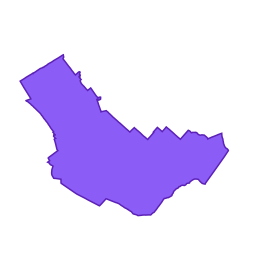 Dumbrava, Timis, Romania, rotated 342°
{"feature_id": "2599482B982820047734", "entity_name": "Dumbrava", "entity_type": "district", "adm_level": 2, "iso_a3": "ROU", "parent_name": "Romania", "parent_adm1": "Timis", "projection": "albers", "projection_center": [22.126, 45.823], "detail": "fine", "context": "isolated", "style": "filled", "palette": "violet", "viewbox_px": 256, "rotation_deg": 342, "n_neighbors": 0, "source": "geoboundaries", "source_scale": "gbopen_adm2", "svg_char_len": 5561}
<svg xmlns="http://www.w3.org/2000/svg" viewBox="0 0 256 256"><g transform="rotate(342 128 128)"><path d="M216.5,180.5L216.5,180.0L216.3,179.3L215.8,178.3L215.2,177.7L214.8,177.1L214.5,176.4L214.2,175.0L214.2,174.0L214.1,172.8L214.1,172.2L214.4,170.7L214.5,169.2L214.8,167.8L214.8,167.2L214.7,166.0L214.8,165.2L214.9,164.4L215.5,162.0L214.6,162.0L212.7,162.1L211.9,162.1L210.9,162.2L210.0,162.3L206.7,162.5L204.3,162.6L203.9,162.7L203.2,162.8L201.9,162.8L200.5,163.1L200.5,162.3L200.3,161.7L200.0,161.0L199.0,159.4L198.3,158.3L196.3,157.4L195.3,157.2L194.6,157.2L194.1,156.9L193.1,156.1L192.7,155.5L192.4,154.9L192.3,154.4L192.1,154.0L191.8,153.6L191.3,153.2L191.0,153.2L190.9,153.0L190.7,153.0L190.3,152.9L189.6,152.6L188.7,152.4L188.4,152.2L187.8,152.1L187.5,152.2L186.9,152.1L186.6,151.9L186.4,151.5L186.4,151.2L186.3,150.8L186.1,150.4L185.6,149.8L185.4,149.5L185.1,149.3L184.8,148.9L184.6,148.8L174.3,154.9L173.9,154.1L172.4,151.8L171.9,150.9L171.0,149.4L169.0,145.8L167.7,143.7L166.7,141.9L166.1,141.1L164.7,138.8L162.5,140.2L159.4,142.0L157.8,139.2L156.1,136.5L150.8,139.7L151.1,140.2L149.8,141.0L145.7,143.5L144.6,144.0L143.7,144.7L143.2,145.0L142.4,143.8L141.4,142.0L140.8,141.2L140.2,140.3L138.2,136.5L136.6,133.8L136.2,133.3L136.0,132.9L135.4,131.9L135.0,131.1L134.7,130.7L134.4,130.2L134.1,129.6L130.5,131.3L128.5,132.4L127.4,130.5L125.9,128.0L121.9,121.0L120.8,119.4L120.5,118.7L117.5,113.6L117.2,113.2L115.9,110.6L115.7,110.3L115.2,109.3L114.2,107.6L114.1,107.1L113.5,106.2L113.0,105.4L112.7,104.8L108.2,104.3L107.3,104.3L107.3,104.2L107.6,103.8L107.6,103.6L107.4,103.5L107.3,98.2L107.2,97.8L107.3,95.3L107.2,91.1L107.7,91.0L108.3,91.2L108.3,91.4L108.1,91.7L108.1,91.9L108.3,92.2L108.6,92.4L109.0,92.5L109.3,92.3L109.7,92.2L110.5,92.3L110.7,92.2L110.9,91.9L111.4,90.6L111.5,90.2L111.2,90.0L110.7,89.9L110.2,89.9L109.7,90.1L109.4,90.0L109.1,89.7L108.6,89.6L107.7,87.7L106.4,83.4L105.0,78.6L104.9,78.4L101.2,79.8L100.9,79.1L100.5,78.3L100.3,78.0L100.0,77.3L99.9,76.8L99.6,76.3L98.9,74.6L98.0,72.9L97.3,71.1L97.2,70.3L97.2,69.6L97.1,69.3L97.1,68.8L97.2,68.1L98.4,67.4L97.6,65.7L97.8,65.5L97.9,65.3L97.7,65.0L97.4,64.7L97.2,64.3L97.3,64.0L97.6,63.8L97.8,63.9L98.2,64.0L98.5,63.8L98.6,63.6L98.3,63.4L98.2,63.4L98.3,63.1L98.7,63.1L98.8,63.0L98.5,62.8L98.4,62.7L98.3,62.4L98.7,62.2L98.8,62.0L98.8,61.5L99.0,60.8L99.3,60.5L99.6,60.3L99.5,59.6L99.2,59.6L98.3,59.5L98.1,59.6L96.4,60.4L95.9,60.7L95.5,60.7L94.5,61.3L94.3,61.0L93.9,60.3L93.6,59.5L93.4,58.7L93.3,58.3L92.5,56.3L92.1,55.0L91.7,53.6L91.1,52.0L90.5,50.6L90.3,49.9L89.8,48.5L89.4,47.3L87.6,42.3L87.5,42.1L87.8,41.7L88.8,40.7L88.8,40.3L88.9,39.5L89.1,38.4L88.8,38.4L87.4,38.7L85.7,39.2L84.4,39.5L83.6,39.8L83.2,39.8L82.5,40.0L81.9,40.1L79.7,40.6L78.6,40.8L77.0,41.3L76.7,41.4L75.7,41.7L75.3,41.7L74.6,41.9L73.2,42.1L71.3,42.6L70.4,43.0L69.6,43.3L69.1,43.4L68.7,43.4L68.3,43.5L68.1,43.6L67.7,43.7L67.4,43.8L67.2,43.8L67.1,44.0L65.9,44.2L65.6,44.0L64.9,44.3L63.9,44.3L63.0,44.3L58.5,45.6L57.3,46.0L54.8,46.6L54.7,46.7L54.6,46.4L53.4,46.8L46.7,48.3L44.5,49.0L39.9,50.1L41.5,57.4L44.5,69.4L44.6,70.3L39.5,70.4L39.5,70.7L39.8,71.1L40.3,71.5L40.7,71.8L40.8,71.9L41.3,72.9L41.9,73.7L42.9,75.3L43.2,76.2L43.8,77.0L44.5,78.2L44.8,79.0L45.1,79.5L45.2,79.8L45.7,80.5L46.1,81.3L46.7,82.5L48.1,85.1L48.9,86.6L49.4,87.8L49.6,88.6L49.7,89.2L50.3,90.4L50.7,92.1L51.2,93.6L51.3,93.8L51.4,94.0L51.6,94.2L51.7,94.7L52.3,96.6L52.6,97.2L53.2,98.9L53.3,99.4L53.3,99.9L53.9,101.5L54.1,102.4L54.5,104.0L54.7,104.8L56.1,108.6L55.3,108.9L55.6,109.5L56.0,111.0L55.9,111.1L56.0,111.2L56.3,111.5L56.5,111.6L56.6,111.8L56.6,112.1L56.3,112.1L55.8,111.7L55.6,111.5L55.4,111.5L55.2,111.6L55.1,111.9L55.1,112.1L54.9,112.5L54.7,112.8L54.8,113.1L55.4,114.5L55.9,115.5L55.6,115.5L55.5,115.3L55.4,115.3L54.8,115.7L54.6,115.7L54.4,115.8L54.3,116.0L54.4,116.5L54.4,117.9L54.2,121.5L53.8,126.2L54.3,127.8L49.9,129.3L48.6,129.8L43.7,131.4L43.0,131.8L42.8,131.9L42.8,132.0L42.9,132.7L43.4,134.9L41.0,135.7L41.2,135.9L42.1,136.7L42.3,137.3L42.7,138.6L43.2,139.3L44.2,140.2L44.9,141.1L42.8,144.0L41.6,146.7L41.2,148.2L41.1,149.1L41.2,149.8L41.3,150.5L41.8,152.7L41.8,152.8L42.4,153.2L43.1,153.4L44.2,153.9L48.4,156.0L47.3,159.6L47.3,159.9L57.4,173.1L58.9,175.0L65.4,181.5L67.9,184.2L76.7,193.1L76.9,193.2L79.6,191.8L85.3,188.5L93.8,195.5L94.3,195.7L95.8,197.1L96.2,197.4L96.4,197.7L97.6,199.5L99.0,201.1L100.1,202.7L100.9,203.5L101.8,204.2L102.1,204.8L102.4,205.3L102.7,205.4L103.0,205.5L103.5,206.5L104.1,207.2L105.4,208.7L105.8,209.9L106.4,211.3L109.3,213.2L110.4,214.4L113.5,215.1L115.3,215.4L116.7,215.8L117.7,216.2L121.4,217.2L122.7,217.7L123.1,217.6L123.9,217.1L125.0,216.6L126.1,216.3L126.6,216.3L127.6,215.7L128.4,215.1L129.6,214.4L132.6,212.1L133.2,211.8L137.2,208.9L138.4,207.9L139.1,207.3L140.7,206.2L141.4,206.4L142.5,206.5L143.2,206.4L143.7,206.3L144.2,206.6L144.8,206.7L147.5,206.2L148.7,205.9L148.9,205.8L149.3,204.9L149.6,204.8L150.5,204.0L151.1,203.6L151.5,202.8L152.1,202.3L154.2,201.2L155.0,200.8L155.4,200.6L155.8,200.7L156.2,200.7L157.2,200.5L158.4,199.6L159.0,199.7L159.6,199.7L160.4,199.3L161.1,199.2L161.8,199.2L162.6,199.4L163.1,199.7L163.5,200.0L163.8,200.1L164.7,200.0L165.3,199.9L165.8,199.6L166.2,199.2L166.9,198.9L167.4,198.9L167.9,199.1L168.8,199.1L169.1,199.2L169.2,199.3L169.5,199.3L169.7,199.0L170.1,198.6L170.3,198.4L172.0,197.8L172.9,197.5L174.3,197.2L175.5,197.1L177.0,197.6L178.0,198.0L179.0,198.6L179.4,199.5L180.0,201.1L180.8,202.5L181.1,203.1L181.6,203.7L182.4,204.3L184.0,205.2L184.8,204.3L187.1,202.6L194.6,197.1L211.1,184.8L216.5,180.5Z" fill="#8b5cf6" stroke="#5b21b6" stroke-width="1.5"/></g></svg>